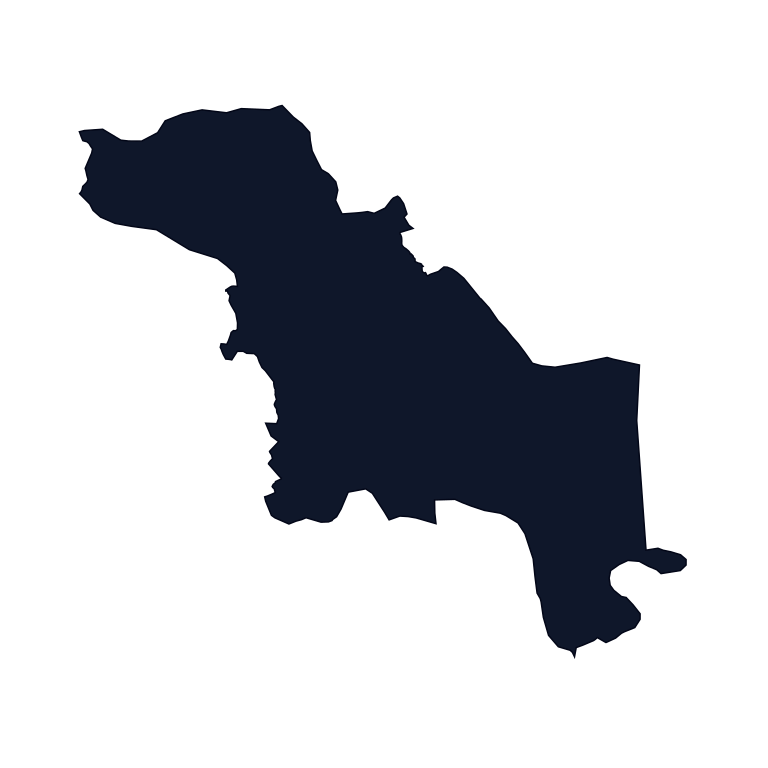 outline of Zuru, Kebbi, Nigeria, rotated 261°
{"feature_id": "59680162B28239494939120", "entity_name": "Zuru", "entity_type": "district", "adm_level": 2, "iso_a3": "NGA", "parent_name": "Nigeria", "parent_adm1": "Kebbi", "projection": "albers", "projection_center": [5.264, 11.439], "detail": "fine", "context": "isolated", "style": "filled", "palette": "ink", "viewbox_px": 768, "rotation_deg": 261, "n_neighbors": 0, "source": "geoboundaries", "source_scale": "gbopen_adm2", "svg_char_len": 4034}
<svg xmlns="http://www.w3.org/2000/svg" viewBox="0 0 768 768"><g transform="rotate(261 384 384)"><path d="M567.4,426.8L566.3,422.4L564.7,420.2L557.6,412.7L554.1,401.0L556.8,394.8L556.9,389.2L557.2,384.2L558.5,369.2L562.8,367.8L572.9,364.9L582.8,368.7L591.2,368.0L600.3,362.0L605.5,355.8L615.3,352.6L625.5,349.5L636.2,349.3L644.1,349.9L653.8,343.7L661.8,336.2L675.0,326.9L674.7,323.6L672.7,313.9L678.3,286.1L676.5,270.9L683.2,247.2L682.2,227.6L678.2,209.1L667.6,199.7L661.8,182.6L663.9,169.9L666.0,162.2L679.6,146.0L681.2,127.9L680.8,122.6L680.4,122.7L675.7,123.6L671.5,124.6L670.9,125.8L669.8,128.4L669.6,128.6L667.7,130.3L665.1,131.3L661.8,132.9L657.8,131.4L643.7,122.6L641.3,122.9L636.1,123.2L632.3,123.7L629.8,122.2L628.4,120.4L626.3,117.4L623.0,116.1L621.3,115.0L619.6,113.1L607.8,121.6L601.0,123.8L593.1,130.3L584.7,143.6L579.2,159.4L572.0,183.4L547.1,212.8L534.0,239.2L530.7,242.3L525.6,247.1L516.9,254.0L509.9,254.8L503.3,254.5L503.7,253.0L504.3,250.3L504.3,248.7L503.7,246.9L501.6,242.4L500.5,242.3L500.3,243.9L498.0,244.2L495.4,245.8L490.5,244.0L485.7,245.4L477.0,248.7L467.3,248.9L460.8,247.7L459.8,245.7L460.3,243.6L458.8,241.1L456.1,239.9L450.8,237.0L447.7,234.8L448.6,232.1L448.9,230.7L449.2,229.4L445.8,228.0L443.8,228.7L441.4,229.1L438.2,229.9L433.4,231.6L432.8,234.0L432.2,236.0L431.6,237.4L439.2,244.2L438.3,250.1L435.8,253.2L434.3,260.6L430.9,263.3L425.3,264.3L419.3,266.1L415.8,268.8L405.6,274.3L403.3,275.6L402.2,275.2L398.9,275.1L397.0,275.3L395.6,275.8L394.1,275.4L392.3,275.3L390.7,274.8L385.3,275.4L384.1,274.3L381.2,272.5L380.1,272.5L378.9,272.8L377.6,273.3L376.5,273.9L375.4,273.9L374.3,273.8L372.9,273.7L371.2,274.1L370.2,274.6L368.8,274.6L366.4,274.5L361.6,271.8L363.8,261.0L350.3,264.4L343.5,271.0L335.4,260.4L334.2,260.6L331.6,261.8L327.7,262.2L325.9,259.8L323.9,257.7L323.2,257.4L310.9,265.1L309.8,265.8L309.1,266.3L308.1,267.0L307.0,267.9L306.3,267.5L304.6,261.6L303.3,261.0L303.0,260.3L302.2,258.9L300.3,257.5L299.2,257.9L297.6,259.2L296.2,259.3L293.8,259.6L293.2,257.7L292.7,255.8L291.6,251.3L291.2,248.5L286.7,248.8L271.9,252.3L268.9,255.3L260.6,268.2L262.3,275.6L262.9,281.2L264.1,286.1L257.4,300.2L256.5,307.6L256.9,309.6L257.2,311.2L258.3,312.3L260.3,316.4L267.2,322.0L282.8,331.7L283.3,349.5L277.9,355.4L269.7,359.0L257.3,364.5L251.8,366.7L249.0,367.8L251.1,379.0L249.3,387.1L246.7,394.8L237.9,413.5L242.2,413.7L248.6,414.0L261.6,415.8L259.0,436.0L254.5,443.0L249.8,451.1L243.4,463.5L238.2,478.7L235.0,483.8L225.8,494.6L214.1,499.8L188.0,504.0L169.8,503.0L153.5,502.5L147.5,504.8L144.1,505.1L128.6,504.9L110.0,507.2L97.2,515.1L91.9,526.2L89.5,528.1L84.8,529.5L93.6,532.6L94.9,539.2L97.8,550.9L98.8,552.9L100.2,555.0L99.3,556.1L94.0,562.7L94.0,562.8L94.0,563.1L96.8,573.0L100.7,579.6L101.7,582.7L104.2,593.6L111.5,600.1L117.0,601.0L127.0,595.4L134.9,590.0L135.2,589.9L136.6,586.2L137.0,585.2L144.3,578.7L149.8,575.9L157.1,576.0L164.4,578.7L164.5,579.1L168.9,588.0L171.6,597.3L168.9,608.5L168.3,609.2L162.5,616.8L157.9,624.3L153.4,628.0L153.4,628.7L153.4,638.2L153.4,647.5L157.9,654.0L163.4,654.9L168.7,650.4L168.9,650.3L173.4,641.0L176.1,633.8L176.2,633.6L178.2,630.1L178.9,628.9L178.9,626.9L178.9,623.3L178.9,618.2L178.9,616.8L308.4,627.9L362.8,639.3L372.7,614.1L375.3,608.5L374.0,581.8L373.8,555.6L377.2,542.7L381.3,533.8L393.6,527.7L402.8,522.8L410.7,517.8L419.6,512.8L428.4,506.6L442.6,499.8L452.9,493.1L453.4,492.4L475.9,479.4L482.8,473.5L486.8,469.3L489.5,464.7L490.2,461.5L488.3,458.2L486.6,455.4L485.1,446.9L484.0,444.0L485.3,442.9L486.1,442.9L487.5,442.4L487.3,441.4L488.7,439.6L490.3,439.4L491.9,439.6L493.5,439.6L494.1,441.1L494.8,440.6L495.6,439.9L496.5,439.8L497.2,438.9L498.1,436.8L500.1,433.8L501.6,434.1L502.9,434.1L504.8,432.5L505.6,432.9L506.5,432.4L508.3,431.1L508.3,430.2L509.8,430.1L511.6,429.0L512.9,427.9L514.0,427.0L515.9,424.9L518.2,423.5L520.3,423.5L522.2,423.9L524.4,424.2L526.3,424.3L528.5,423.9L529.9,423.2L531.2,423.7L533.1,437.0L536.9,433.4L545.6,429.9L548.3,433.3L559.0,431.6L565.3,428.7L567.4,426.8Z" fill="#0f172a" stroke="#020617" stroke-width="1.5"/></g></svg>